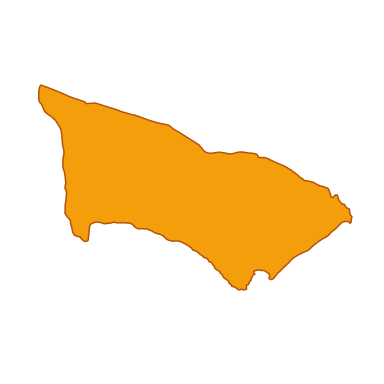 the district of Forto, Gash Barka, Eritrea, rotated 95°
{"feature_id": "51966322B10188364788737", "entity_name": "Forto", "entity_type": "district", "adm_level": 2, "iso_a3": "ERI", "parent_name": "Eritrea", "parent_adm1": "Gash Barka", "projection": "equal_earth", "projection_center": [37.054, 15.822], "detail": "fine", "context": "isolated", "style": "filled", "palette": "amber", "viewbox_px": 384, "rotation_deg": 95, "n_neighbors": 0, "source": "geoboundaries", "source_scale": "gbopen_adm2", "svg_char_len": 6011}
<svg xmlns="http://www.w3.org/2000/svg" viewBox="0 0 384 384"><g transform="rotate(95 192 192)"><path d="M284.2,129.4L283.6,129.2L282.5,129.5L282.0,129.3L280.6,129.7L280.1,129.6L280.0,129.4L279.5,128.0L279.3,127.8L277.6,127.1L276.6,127.1L276.3,127.0L276.0,126.7L275.9,126.4L275.8,126.1L275.0,125.8L274.2,125.4L273.3,125.4L270.2,124.3L269.0,123.4L268.7,122.8L268.1,122.2L267.1,123.2L266.3,123.7L266.1,123.7L265.0,122.5L264.1,120.4L263.9,119.4L263.8,118.0L264.1,116.1L264.1,115.0L263.9,114.2L263.9,113.7L264.3,112.3L265.4,110.6L266.8,107.9L267.6,107.6L269.5,107.3L270.4,107.8L271.2,107.8L271.9,107.1L272.3,106.4L272.3,105.8L272.0,104.6L271.7,104.2L271.3,103.5L270.7,103.0L269.3,102.2L268.7,101.6L267.9,101.1L267.0,100.5L265.8,99.9L263.0,97.3L258.3,93.3L256.4,91.5L255.7,91.1L254.5,89.8L252.9,88.6L251.6,87.9L251.0,87.2L249.7,86.0L247.6,83.8L247.1,82.9L245.5,80.8L242.4,75.7L241.7,74.4L240.6,72.3L240.0,71.3L239.3,70.5L238.5,69.8L236.6,68.0L234.7,66.5L231.0,62.4L227.1,57.6L225.3,54.7L224.8,54.2L224.0,53.0L222.6,51.7L220.7,50.4L219.5,49.2L219.1,49.0L218.5,48.3L217.6,47.1L217.0,46.7L216.3,45.9L214.3,44.3L213.9,43.8L211.5,42.1L209.7,40.4L209.1,39.6L208.2,37.6L207.9,36.3L207.8,35.8L207.8,34.9L208.3,33.1L209.4,31.7L208.7,31.4L208.4,31.0L208.1,30.9L207.4,31.0L206.8,30.9L205.6,31.0L204.2,30.6L202.8,30.6L202.2,30.9L201.5,31.5L201.0,32.4L199.7,32.8L199.2,32.7L198.3,33.0L197.5,33.4L196.1,33.5L195.3,33.8L195.0,34.2L194.2,36.8L193.9,37.2L192.9,37.8L190.7,39.5L191.0,40.7L191.0,41.2L190.8,41.6L189.5,42.7L189.2,43.3L188.8,43.7L188.0,44.5L186.6,45.3L183.3,46.5L182.6,46.9L182.3,47.3L182.2,48.1L182.5,48.8L183.0,49.4L185.0,51.1L185.2,51.6L185.1,53.0L183.4,53.6L182.2,53.8L180.3,54.9L178.1,55.7L177.4,56.2L176.4,57.3L176.0,59.0L175.3,61.0L174.9,63.0L175.0,63.7L174.6,65.7L173.9,67.0L173.4,68.6L171.8,71.8L171.5,73.1L171.4,74.6L170.9,77.5L170.8,80.7L170.6,81.3L169.3,83.0L167.9,85.6L166.9,87.1L166.1,87.8L165.6,88.8L164.3,90.8L163.7,91.6L163.1,92.5L162.9,93.3L161.5,95.1L160.9,96.2L160.5,97.8L160.1,98.4L159.4,99.2L157.9,103.1L155.4,111.0L153.8,115.0L153.2,116.8L152.3,119.0L151.8,120.5L151.4,122.7L151.5,124.4L151.7,125.5L151.7,127.4L151.5,128.7L151.1,129.1L150.2,129.7L149.8,129.8L149.0,130.4L148.6,131.3L148.2,134.3L148.2,138.8L147.8,144.7L147.9,146.7L148.1,148.4L148.6,150.4L150.4,155.3L150.7,156.5L150.6,159.7L150.3,162.1L150.3,163.6L150.0,166.4L150.0,168.6L150.3,170.1L151.7,176.0L151.8,177.8L151.8,179.3L151.4,181.0L150.4,183.3L144.4,189.2L132.9,211.6L131.4,214.9L130.5,216.7L129.5,218.0L129.2,218.6L128.6,219.1L128.1,220.2L127.5,220.8L126.0,233.1L125.4,235.7L124.1,241.7L120.5,255.2L120.2,258.4L117.9,270.1L117.6,271.2L117.2,272.0L116.4,275.1L115.8,277.9L115.3,280.7L111.8,295.9L112.8,302.5L113.0,304.4L113.1,305.8L112.6,306.2L111.7,306.4L111.4,306.8L111.1,308.6L109.6,314.5L109.5,315.3L109.4,316.5L109.1,317.0L107.3,323.5L106.3,326.0L105.8,327.9L104.9,330.0L104.6,331.2L102.1,339.3L100.8,344.0L100.2,345.6L100.0,347.0L99.6,348.2L99.1,350.2L98.7,351.0L98.6,351.6L98.8,351.7L99.2,352.2L100.4,352.8L101.0,353.0L102.1,353.1L102.7,353.0L103.3,353.3L103.7,353.3L104.7,353.2L105.2,353.4L106.4,353.4L107.9,352.9L108.6,353.2L110.7,352.8L111.3,352.8L112.1,352.9L114.2,352.4L115.0,352.1L115.7,351.7L117.0,350.6L117.6,349.7L118.1,349.3L123.2,346.6L124.4,345.9L125.4,344.9L125.8,344.3L126.8,342.9L129.2,338.6L130.5,337.0L131.4,335.9L132.1,334.7L132.5,334.3L139.0,329.4L141.8,327.8L147.2,326.5L149.7,326.2L153.7,325.5L154.8,325.2L156.7,325.0L158.2,324.4L163.4,322.9L171.8,323.4L176.1,323.1L178.0,322.8L180.8,322.0L181.8,321.4L183.3,320.8L188.1,319.6L190.1,319.3L193.5,318.6L194.5,318.5L196.8,318.9L198.7,318.9L199.7,318.7L200.8,318.1L201.9,317.3L202.5,317.0L204.4,316.9L206.2,317.0L210.7,316.8L216.1,317.2L222.5,316.7L224.1,316.8L226.5,314.9L227.3,314.4L228.1,313.6L229.1,312.3L230.1,311.4L230.8,311.0L231.9,310.5L233.3,310.3L235.6,309.6L238.6,308.4L240.2,308.1L240.8,307.8L242.1,307.4L243.5,306.7L245.3,305.2L245.6,304.4L246.0,303.0L246.4,300.6L246.5,299.4L247.7,298.7L249.1,297.1L250.2,295.5L250.5,294.6L250.4,293.3L250.3,292.6L249.6,291.5L249.0,291.3L248.1,291.3L246.4,291.1L246.0,291.2L244.6,291.2L242.8,290.9L242.2,291.1L240.6,291.2L239.5,291.0L239.0,291.1L238.4,291.1L237.8,291.3L236.7,290.9L235.8,291.1L235.1,291.1L233.0,290.1L232.5,289.5L231.2,287.4L230.4,285.1L230.2,283.2L230.3,281.3L230.4,280.4L231.1,277.5L231.2,276.6L231.1,275.3L230.4,272.2L230.2,271.0L229.9,270.2L229.8,269.5L229.0,267.9L229.0,267.5L229.0,265.9L229.2,264.1L229.1,261.5L228.9,260.2L228.8,258.9L228.6,257.9L228.6,256.9L228.5,253.8L228.4,252.8L228.6,251.0L229.2,249.1L229.3,248.4L229.6,248.3L229.8,247.9L230.4,247.3L231.2,246.8L231.3,246.5L231.8,245.8L232.5,244.6L232.9,243.7L233.0,243.2L233.3,242.6L233.3,241.0L232.9,239.1L232.9,238.0L232.8,235.0L232.9,233.0L233.0,232.6L233.8,230.7L234.1,229.0L235.3,226.6L235.7,226.0L236.4,223.2L237.0,220.1L237.6,218.1L239.0,215.8L240.6,214.1L241.5,212.6L241.9,211.7L242.4,209.5L242.6,207.7L242.5,205.1L242.1,203.7L242.0,202.8L242.2,200.7L242.6,198.8L243.0,197.3L243.5,196.3L244.7,193.3L245.3,192.2L246.0,190.6L246.3,190.1L246.7,189.8L247.5,187.9L249.6,186.4L249.9,185.7L249.9,184.9L250.0,184.4L250.3,184.2L250.6,182.4L251.3,181.2L252.4,179.7L252.7,179.2L253.5,178.6L254.0,177.1L254.5,176.3L254.9,176.0L255.3,175.4L255.7,175.3L255.9,175.1L255.9,174.3L256.4,173.3L257.0,171.2L257.6,170.5L259.8,168.9L260.1,168.6L260.5,166.7L260.9,165.8L261.3,165.5L262.1,165.5L262.4,165.3L262.9,164.4L264.9,162.9L265.8,162.7L266.4,162.1L266.6,161.9L267.1,160.7L267.9,159.8L268.3,158.1L268.6,157.5L268.9,157.4L269.8,157.2L270.1,157.0L270.5,156.6L271.5,154.9L273.6,153.8L274.1,153.0L274.9,152.6L277.1,148.4L278.3,147.4L279.2,147.4L279.7,147.1L280.4,145.9L280.6,145.2L281.1,144.4L281.3,144.3L281.7,144.5L282.1,144.5L282.3,144.1L282.9,142.4L282.9,142.1L282.8,141.5L282.8,141.1L283.4,140.0L283.9,139.6L284.7,138.4L285.0,138.0L285.4,136.7L285.4,136.2L284.8,134.8L284.6,134.1L284.6,133.1L284.9,132.5L285.0,131.8L284.8,131.3L284.8,131.0L284.5,130.5L284.5,130.0L284.2,129.4Z" fill="#f59e0b" stroke="#b45309" stroke-width="1.5"/></g></svg>